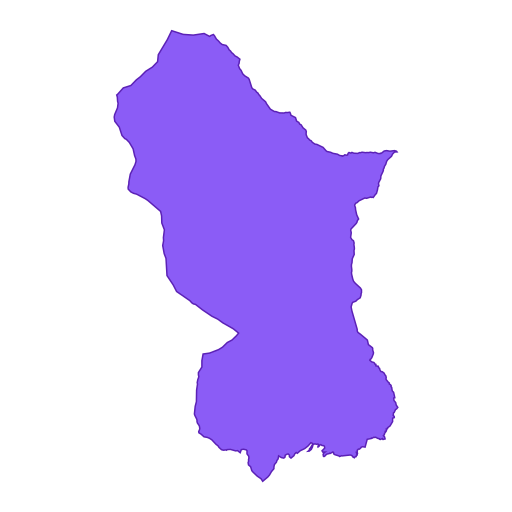 outline of Albestii De Muscel, Arges, Romania
{"feature_id": "2599482B98216268157036", "entity_name": "Albestii De Muscel", "entity_type": "district", "adm_level": 2, "iso_a3": "ROU", "parent_name": "Romania", "parent_adm1": "Arges", "projection": "orthographic", "projection_center": [24.987, 45.368], "detail": "fine", "context": "isolated", "style": "filled", "palette": "violet", "viewbox_px": 512, "rotation_deg": 0, "n_neighbors": 0, "source": "geoboundaries", "source_scale": "gbopen_adm2", "svg_char_len": 6070}
<svg xmlns="http://www.w3.org/2000/svg" viewBox="0 0 512 512"><path d="M354.3,457.8L355.4,456.6L356.1,456.6L356.3,455.8L357.1,455.1L357.2,454.5L356.8,454.2L357.5,453.5L357.2,452.8L356.7,452.4L356.4,452.6L356.3,452.3L357.3,452.2L357.2,450.3L357.6,450.1L357.8,449.6L358.4,449.1L359.5,449.1L361.0,447.7L361.1,447.3L362.5,446.7L365.1,447.1L367.2,439.3L370.8,438.6L371.3,438.1L371.7,438.4L374.0,437.2L374.8,437.5L375.7,437.2L377.5,438.3L379.3,438.7L379.4,439.1L380.2,439.5L382.4,438.6L382.4,439.0L383.0,439.5L385.1,438.9L384.5,436.7L383.4,435.7L383.5,435.5L384.4,434.6L384.4,433.7L385.8,431.7L385.4,431.3L386.3,430.9L386.5,430.1L386.3,429.0L387.2,428.9L387.6,428.5L387.5,427.8L390.0,426.0L392.6,421.6L392.6,418.2L394.3,417.6L394.2,416.3L393.2,415.6L393.5,412.8L394.2,412.4L395.5,409.6L396.6,408.9L397.8,407.4L396.2,405.0L395.7,402.6L394.0,400.5L393.7,398.3L393.8,397.9L394.8,397.7L393.6,392.3L392.5,391.2L392.1,390.2L391.7,387.4L391.0,386.6L391.2,385.8L390.6,384.8L389.3,384.0L389.3,383.0L388.1,382.0L386.2,379.6L386.0,379.1L386.2,377.4L385.8,375.8L385.0,374.9L384.0,373.0L382.2,371.7L381.1,371.6L380.5,370.9L379.8,369.6L379.6,368.4L378.7,367.7L378.3,366.3L377.7,366.4L377.2,366.0L375.9,365.9L375.7,365.0L375.9,364.4L374.8,364.0L374.6,363.3L373.9,362.5L371.8,361.9L369.8,360.3L370.0,359.6L370.3,359.7L371.8,357.7L373.3,353.9L373.5,352.7L372.7,350.0L372.7,348.4L372.4,347.7L368.4,344.6L367.4,340.2L367.1,339.8L360.4,334.2L357.9,332.4L357.2,330.9L357.2,329.3L351.9,310.9L351.1,306.9L352.2,303.1L352.8,302.3L355.8,301.2L357.4,299.6L360.2,297.8L361.1,294.9L361.0,293.9L361.5,292.6L361.5,289.8L360.4,288.0L355.3,283.3L353.6,281.3L352.8,279.2L351.6,274.1L351.5,272.4L351.8,271.2L351.8,269.6L351.4,266.2L351.5,264.4L352.0,262.7L352.3,258.7L354.2,254.5L354.0,250.5L354.4,248.9L354.3,247.2L353.9,244.6L354.1,243.0L353.5,240.8L351.9,239.6L350.6,237.4L351.2,233.3L351.2,232.4L350.7,230.3L351.0,229.0L356.1,223.6L356.9,222.4L357.4,220.6L358.6,219.0L356.7,214.8L355.6,209.8L355.4,207.5L354.7,205.7L354.8,204.6L355.9,203.1L357.1,202.6L359.0,200.8L364.8,198.0L366.6,198.3L370.8,197.0L371.2,197.4L372.4,197.2L373.2,197.5L375.6,194.2L376.4,193.6L377.5,189.8L377.7,188.3L377.9,187.0L378.9,185.8L378.5,183.5L378.8,182.4L380.7,178.7L380.9,175.9L383.0,171.5L383.4,170.1L383.3,169.3L384.1,167.9L384.4,166.5L385.8,164.2L386.6,161.4L387.8,159.6L391.5,156.3L392.6,154.0L394.6,152.0L397.0,151.9L396.5,151.2L394.5,150.6L389.9,151.2L386.6,150.6L384.2,151.0L381.8,152.9L380.8,153.5L380.4,153.2L379.7,153.6L378.0,153.5L375.0,152.3L373.5,152.8L370.3,152.2L368.7,152.6L366.8,152.5L365.7,152.7L362.0,152.2L360.5,152.7L359.5,152.6L357.9,153.4L353.8,153.2L351.9,152.4L350.9,153.1L349.0,152.5L348.1,153.3L347.6,154.9L346.7,155.2L344.8,154.8L343.7,155.7L342.3,156.2L342.2,155.8L339.7,155.5L337.5,154.2L332.8,153.3L330.7,152.3L327.0,151.5L326.0,150.7L323.1,147.4L316.9,144.4L314.9,144.1L312.3,142.3L311.1,140.7L309.6,140.0L308.4,138.5L307.5,138.0L306.2,134.8L306.1,133.2L306.3,131.7L305.8,130.1L303.0,127.8L301.1,124.8L299.7,124.1L298.8,122.4L296.6,121.1L295.5,117.6L291.0,115.3L290.3,113.1L289.8,112.2L287.1,112.6L285.8,112.4L284.1,113.0L279.6,112.9L276.0,111.6L274.3,111.5L270.4,109.2L266.5,103.7L265.6,101.8L261.6,98.4L259.8,95.6L258.8,94.6L257.9,93.0L256.7,92.2L255.2,90.1L252.9,89.0L251.8,87.7L249.2,79.4L248.4,78.1L244.7,75.8L242.7,73.8L241.1,70.4L239.6,68.6L238.3,65.2L239.1,63.3L239.3,61.4L239.9,59.2L237.0,56.9L235.1,56.0L232.9,53.6L231.6,52.6L230.5,51.0L229.2,49.9L227.8,47.3L226.1,45.4L222.1,44.5L220.0,42.8L218.6,41.1L216.4,39.1L214.5,35.8L213.4,34.5L210.8,35.5L209.6,36.4L204.1,33.5L193.3,35.1L183.2,34.4L171.7,30.7L167.3,39.7L158.3,54.7L157.6,61.7L152.4,67.1L145.7,71.3L140.4,76.7L136.3,79.9L130.9,85.5L123.3,87.9L117.5,94.4L116.7,95.0L117.3,97.0L117.6,101.4L118.1,103.2L117.5,107.9L114.7,114.5L114.2,117.1L114.8,121.3L119.3,127.2L122.0,135.5L124.8,138.6L126.3,139.3L129.3,142.4L133.1,148.8L134.6,155.6L135.9,159.0L136.0,161.4L135.0,164.7L130.3,174.1L128.9,181.7L128.8,184.0L128.1,187.2L128.2,189.1L130.8,191.9L133.5,193.3L136.5,194.1L145.1,198.6L147.8,200.4L160.6,211.4L161.6,215.9L161.8,223.0L164.4,229.8L163.4,237.6L163.6,240.7L162.7,245.5L164.2,253.7L166.0,258.4L167.0,275.6L173.2,284.9L176.6,291.5L189.8,300.6L191.9,302.9L193.4,303.9L195.5,304.4L202.4,309.8L212.0,316.3L217.7,319.1L222.9,322.9L233.3,328.8L238.6,333.1L236.5,335.7L231.9,340.1L227.3,342.5L222.5,347.2L218.6,349.6L209.5,353.1L203.1,354.0L201.9,360.6L201.9,367.0L198.4,372.6L198.4,375.0L198.8,376.3L198.4,378.2L197.9,379.2L197.2,382.6L197.5,384.1L196.6,390.1L196.4,401.7L195.2,406.3L194.4,414.0L194.9,415.5L196.7,419.1L197.0,420.4L197.0,421.6L197.4,423.0L199.3,425.8L199.8,428.4L199.5,429.8L198.7,431.5L198.9,432.8L201.0,434.1L204.0,436.8L207.3,437.4L209.5,438.3L211.8,439.8L216.1,444.4L217.9,445.7L219.0,447.4L221.5,449.7L223.4,450.2L226.0,449.9L226.6,450.2L227.1,449.6L230.4,449.4L235.7,450.9L237.5,450.6L240.2,452.7L241.3,449.6L243.5,449.2L246.4,449.9L247.0,450.7L247.0,453.9L248.7,456.2L248.9,457.9L248.5,459.8L248.6,461.1L248.1,462.7L248.5,464.9L250.6,466.7L251.8,470.7L253.2,472.3L257.2,476.1L261.0,478.7L262.7,481.3L267.8,477.0L269.5,475.0L271.4,471.7L273.9,468.7L273.9,467.0L274.4,464.6L276.4,462.2L276.9,460.5L278.1,458.9L278.6,455.9L281.4,457.6L283.8,458.1L285.0,457.1L285.2,455.2L287.2,454.1L288.3,454.0L289.4,455.1L289.4,456.7L291.0,458.1L293.9,455.7L294.8,453.8L296.2,452.5L297.3,453.3L300.3,450.7L304.7,448.6L308.0,446.0L310.9,442.7L312.6,443.5L312.8,444.0L310.6,447.6L309.5,448.8L309.3,450.1L308.1,451.2L309.2,451.1L311.3,449.4L312.5,446.9L312.8,445.2L313.6,444.2L315.0,443.9L316.6,444.3L317.9,444.0L318.6,444.6L317.9,446.7L318.0,447.0L318.9,446.4L319.6,445.2L320.8,444.6L322.0,445.5L323.8,445.7L324.4,446.3L324.7,448.1L322.0,450.8L322.8,452.1L324.9,452.1L323.6,452.9L323.6,453.5L323.1,454.3L323.4,456.2L323.7,456.5L324.5,456.4L326.1,454.7L327.2,454.0L329.2,453.6L329.7,453.2L330.3,453.4L332.8,452.0L333.5,452.4L333.7,453.9L334.9,454.7L338.9,455.9L339.6,456.5L341.7,455.7L342.1,455.9L350.3,455.0L351.9,455.5L352.7,456.8L353.0,457.0L353.1,456.8L354.3,457.8Z" fill="#8b5cf6" stroke="#5b21b6" stroke-width="1.5"/></svg>